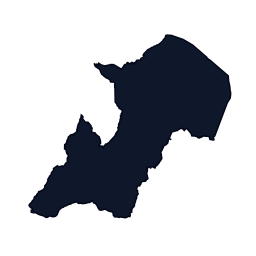 Ahualulco de Mercado, Jalisco, Mexico, rotated 175°
{"feature_id": "50627088B69009115313413", "entity_name": "Ahualulco de Mercado", "entity_type": "district", "adm_level": 2, "iso_a3": "MEX", "parent_name": "Mexico", "parent_adm1": "Jalisco", "projection": "robinson", "projection_center": [-103.9, 20.71], "detail": "fine", "context": "isolated", "style": "filled", "palette": "ink", "viewbox_px": 256, "rotation_deg": 175, "n_neighbors": 0, "source": "geoboundaries", "source_scale": "gbopen_adm2", "svg_char_len": 5870}
<svg xmlns="http://www.w3.org/2000/svg" viewBox="0 0 256 256"><g transform="rotate(175 128 128)"><path d="M231.7,52.5L229.2,51.7L228.8,52.2L227.6,51.7L223.9,49.4L220.0,47.9L217.4,46.1L216.0,46.1L214.0,47.1L213.2,47.2L211.2,46.2L208.9,46.2L207.8,46.5L206.2,47.8L204.0,52.2L201.7,53.9L200.3,54.6L199.2,54.8L198.1,55.6L196.3,55.9L194.1,56.9L191.8,57.3L189.8,58.2L187.2,58.6L185.8,59.2L184.1,57.3L183.7,57.2L182.1,57.2L179.5,56.6L176.5,56.7L174.2,57.3L172.7,57.1L170.3,58.3L169.7,58.9L169.2,59.7L169.3,58.3L168.9,56.5L167.0,55.6L166.3,54.5L165.5,53.3L164.6,50.6L164.0,49.9L163.8,49.1L162.4,48.5L159.9,48.7L158.6,49.1L157.3,49.1L156.5,48.2L154.8,47.1L153.3,46.4L151.4,46.0L150.1,44.3L150.3,42.7L149.3,40.9L148.9,40.6L146.4,40.4L144.7,39.7L143.5,40.3L142.4,39.7L140.9,39.6L139.9,39.1L137.9,38.9L134.6,40.1L133.9,39.6L133.5,40.3L133.4,40.8L133.4,41.5L133.7,41.8L133.4,42.3L133.6,43.0L131.6,43.9L131.4,46.6L130.7,47.2L131.0,47.8L130.5,48.5L129.9,48.4L128.9,49.2L128.4,50.0L128.1,51.8L127.0,54.1L126.6,55.6L125.5,57.5L125.3,59.6L124.1,60.7L123.6,61.8L124.0,62.5L124.1,63.8L123.8,64.6L125.1,66.3L124.0,68.3L123.7,69.4L121.3,69.4L120.6,71.0L120.0,71.1L119.9,71.5L120.0,72.2L119.1,72.9L118.4,73.5L116.0,73.5L115.2,74.4L114.9,73.8L114.1,74.9L112.6,75.8L113.4,81.7L112.6,83.0L112.3,85.0L112.9,86.3L113.3,86.6L112.0,86.2L111.9,86.7L111.3,87.7L108.9,86.2L108.3,87.1L107.7,87.4L106.7,87.1L104.7,85.8L103.7,87.5L101.4,89.0L101.0,89.9L100.0,90.6L99.5,91.5L98.3,92.8L97.0,94.6L97.2,99.4L97.5,101.1L96.3,102.6L95.3,104.4L95.3,105.1L94.9,105.1L94.5,105.5L94.4,106.2L94.7,106.5L94.5,106.8L91.5,108.1L89.9,109.4L89.3,110.9L88.8,113.0L88.1,113.8L85.9,112.6L87.9,114.0L85.0,119.6L85.2,120.2L81.4,120.8L80.8,121.1L79.3,121.1L76.1,122.9L73.5,122.9L73.1,122.7L73.3,122.0L72.2,120.6L69.9,122.7L70.0,123.2L65.7,117.1L65.3,115.7L65.2,114.7L63.0,114.2L62.6,114.6L62.2,114.6L61.4,113.8L60.3,113.6L59.0,112.2L58.3,111.9L57.5,111.9L57.2,112.7L56.5,112.9L56.0,112.3L55.5,112.5L55.2,113.1L54.5,113.0L53.8,113.6L53.2,113.3L52.4,113.6L52.1,113.2L50.8,112.9L49.7,113.0L47.7,112.0L47.5,109.9L47.1,110.2L46.6,109.3L44.4,108.6L43.4,108.8L43.8,111.4L42.3,112.5L26.9,144.5L23.6,148.9L22.8,152.6L22.7,155.1L23.0,155.6L23.0,160.8L23.7,166.2L23.6,171.2L40.2,188.2L41.9,189.6L42.3,189.0L42.5,189.2L43.4,191.6L56.4,205.0L65.4,211.4L77.0,216.6L77.8,216.5L80.1,217.1L82.0,217.0L82.6,216.3L82.5,215.6L83.0,214.8L84.9,213.0L86.0,211.5L89.1,209.2L91.1,208.2L92.0,208.2L92.6,207.5L94.9,207.2L96.0,206.3L97.5,206.1L99.5,204.9L101.1,204.5L105.3,200.9L106.1,200.0L106.5,199.1L105.5,198.4L105.8,197.7L109.1,196.1L109.5,194.7L113.6,194.6L114.4,193.1L114.2,192.6L114.8,192.6L115.4,192.1L115.8,192.4L116.1,191.2L117.1,191.6L117.6,192.8L118.4,192.9L118.4,192.4L119.9,192.4L120.1,191.9L122.6,192.3L122.3,193.2L122.5,193.3L123.3,193.0L123.3,192.5L124.8,191.2L125.5,191.5L126.6,190.7L126.9,189.8L127.8,189.0L128.1,188.4L129.0,187.8L129.3,187.1L136.8,192.4L137.1,192.1L138.2,192.6L138.7,192.0L139.6,192.8L140.3,192.7L141.1,192.2L142.1,192.4L143.7,192.1L144.1,191.8L145.5,192.1L146.4,191.5L146.5,191.8L147.1,192.0L147.6,192.7L148.8,192.9L149.5,193.4L151.5,195.1L152.3,192.9L153.3,194.3L153.7,193.4L155.8,194.8L155.9,194.3L155.1,192.1L151.4,189.1L151.2,189.1L149.5,183.9L148.1,182.8L147.6,181.9L146.0,180.5L144.6,179.4L143.5,179.0L141.7,177.3L141.2,175.9L141.4,175.7L140.9,175.2L139.6,175.4L139.1,175.0L137.8,174.9L136.9,173.7L137.5,172.7L137.7,169.2L137.5,168.7L138.5,155.0L136.7,152.3L136.9,151.8L136.7,151.1L135.4,149.9L135.4,148.9L134.8,148.6L134.8,148.1L133.8,147.6L132.3,146.0L132.2,144.4L133.7,142.6L132.7,141.6L134.4,140.8L134.2,140.2L134.5,139.2L134.2,138.2L134.6,137.4L135.1,137.4L135.1,136.7L135.8,134.5L136.9,132.8L137.6,128.6L138.0,128.8L137.9,127.8L137.4,127.2L138.1,126.6L138.0,126.3L138.9,125.5L139.0,124.9L139.7,124.8L140.8,123.1L140.3,122.6L141.1,122.4L141.4,121.6L143.2,119.9L143.4,119.3L143.8,119.4L144.0,118.8L145.0,118.4L145.2,117.7L145.9,117.6L148.6,114.7L149.1,114.8L150.3,113.7L150.8,114.0L151.7,113.9L154.0,111.0L154.2,110.5L154.4,110.8L154.3,111.9L158.2,112.7L157.4,114.6L156.6,115.3L156.6,118.1L156.9,119.0L156.8,119.5L157.3,119.9L157.5,121.6L158.0,121.7L158.1,122.3L159.5,123.4L160.9,125.1L161.1,125.9L162.7,126.3L164.3,127.2L164.6,127.8L164.6,128.5L164.2,129.1L164.1,130.6L163.8,130.8L164.0,131.5L164.7,131.9L164.8,132.7L164.6,133.2L164.7,133.5L165.7,134.8L165.9,135.4L166.6,136.1L167.0,135.8L167.4,136.2L166.8,136.3L167.1,137.0L167.8,137.3L168.6,137.1L169.3,137.5L170.4,137.8L171.1,139.2L172.1,139.6L171.8,140.3L172.4,141.1L172.5,141.9L172.0,142.3L172.2,142.8L172.0,143.6L173.4,145.0L174.1,142.1L174.5,141.2L175.0,141.1L175.3,140.2L175.1,139.8L175.6,138.7L175.3,138.5L175.4,138.0L175.9,137.9L176.4,136.9L176.8,136.8L177.7,135.0L177.6,134.3L178.2,133.6L178.5,131.8L179.1,131.1L179.0,130.9L179.1,129.9L178.8,129.8L179.3,129.4L179.1,129.0L180.5,127.9L181.8,127.3L182.3,126.5L182.9,126.4L183.0,125.5L183.6,126.1L183.5,126.5L185.5,126.2L186.3,125.4L186.7,125.5L187.0,125.0L188.2,124.2L188.9,122.2L189.8,121.1L190.1,119.7L190.9,118.3L190.9,117.5L191.6,117.5L192.5,117.0L193.0,112.8L191.6,111.5L191.2,107.9L190.3,107.2L190.0,105.8L190.1,105.0L189.8,104.4L189.9,103.8L190.4,103.6L190.9,103.7L191.3,102.0L191.3,100.1L191.9,98.8L193.3,98.3L194.3,96.3L194.8,96.2L195.1,95.8L196.2,95.1L196.6,95.8L197.0,96.0L198.4,95.5L199.0,95.7L199.6,95.3L201.4,96.0L201.7,96.5L205.7,94.2L205.7,93.3L206.1,92.1L208.1,90.2L208.6,88.3L210.3,86.9L210.6,86.0L211.2,85.5L212.0,84.4L212.1,83.6L212.5,83.3L212.3,82.5L213.6,80.2L214.4,79.0L215.9,77.8L216.0,76.1L216.6,75.1L218.2,73.8L220.3,72.9L222.6,72.3L222.8,71.4L224.6,69.8L224.9,69.1L225.7,68.2L226.1,67.8L226.5,68.0L227.2,67.4L227.3,66.7L227.6,66.6L227.9,65.3L228.2,64.9L229.7,63.7L230.3,62.7L230.9,62.2L231.3,61.5L232.3,61.1L233.0,60.2L233.3,59.6L233.1,58.9L232.0,57.3L230.1,55.9L230.0,55.3L230.5,54.7L231.6,54.6L231.7,52.5Z" fill="#0f172a" stroke="#020617" stroke-width="1.5"/></g></svg>